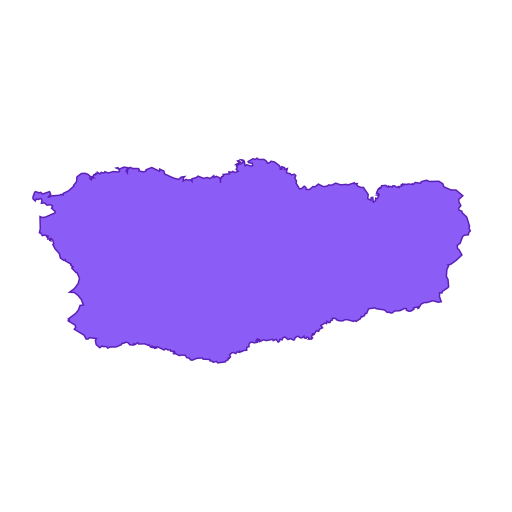 outline of Subang, Jawa Barat, Indonesia, rotated 264°
{"feature_id": "22746128B90150108137034", "entity_name": "Subang", "entity_type": "district", "adm_level": 2, "iso_a3": "IDN", "parent_name": "Indonesia", "parent_adm1": "Jawa Barat", "projection": "equal_earth", "projection_center": [107.682, -6.498], "detail": "fine", "context": "isolated", "style": "filled", "palette": "violet", "viewbox_px": 512, "rotation_deg": 264, "n_neighbors": 0, "source": "geoboundaries", "source_scale": "gbopen_adm2", "svg_char_len": 6070}
<svg xmlns="http://www.w3.org/2000/svg" viewBox="0 0 512 512"><g transform="rotate(264 256 256)"><path d="M263.4,471.5L272.7,469.6L277.0,465.9L279.1,465.3L280.3,462.8L282.3,462.5L284.6,465.0L288.8,463.4L291.1,463.6L294.3,468.0L300.7,461.8L301.3,456.8L305.2,450.0L308.2,449.4L311.2,445.7L312.0,436.1L313.5,433.7L312.7,428.1L311.1,427.3L312.5,422.0L310.7,419.8L311.5,418.9L310.9,418.4L311.8,414.7L311.3,413.8L312.0,410.8L311.3,410.2L312.3,409.3L311.6,408.1L311.2,408.8L310.3,408.0L310.1,406.3L309.2,405.6L310.2,404.8L309.4,404.1L309.9,402.7L311.2,401.4L311.5,399.4L310.3,398.7L311.3,396.5L310.8,394.9L311.7,394.7L311.2,393.7L312.7,392.4L312.7,388.2L310.9,387.3L310.9,386.2L310.1,386.4L310.1,384.8L307.0,382.9L305.7,382.4L305.3,384.2L304.2,384.7L303.9,382.9L303.3,384.5L300.4,382.5L301.0,381.1L298.4,380.6L297.3,378.4L302.1,378.2L302.0,376.6L299.4,376.1L301.4,373.1L305.5,374.0L313.0,370.0L313.1,367.9L314.7,364.7L316.4,363.5L317.4,364.2L317.7,361.2L318.5,361.3L317.0,354.5L317.8,353.4L317.9,347.7L320.1,342.9L318.5,338.6L319.1,335.6L318.1,334.2L317.9,330.3L321.0,325.5L318.7,322.1L319.1,319.9L316.5,316.1L317.1,312.7L319.0,312.8L320.4,311.2L318.3,308.4L318.2,306.3L324.2,303.5L326.3,304.1L329.6,302.7L331.6,304.0L333.3,302.8L333.0,299.7L334.6,298.2L335.0,296.0L336.2,295.0L339.7,296.3L339.1,293.5L340.9,293.6L342.1,291.1L339.7,290.9L339.8,289.1L341.3,289.6L343.6,288.5L347.6,284.2L348.7,280.7L347.5,279.5L347.1,276.9L349.0,276.5L351.2,274.1L351.7,268.9L353.2,267.2L352.1,265.2L353.0,263.2L350.8,258.0L349.7,258.3L348.5,262.0L346.4,262.2L345.8,261.0L347.7,256.2L346.9,254.6L351.6,254.2L352.8,253.1L353.2,251.2L350.8,253.8L349.6,251.3L352.6,249.1L352.5,247.6L349.2,249.4L349.7,246.8L348.9,245.4L348.3,247.5L347.2,246.0L345.8,246.5L344.4,245.3L342.1,247.1L341.2,243.9L342.6,241.8L341.8,240.4L342.5,237.9L340.5,238.2L340.5,231.8L338.9,232.0L338.4,230.0L336.9,229.8L336.5,228.6L332.3,228.4L337.3,228.5L339.4,224.8L338.5,222.5L340.3,222.4L337.9,218.6L339.2,215.6L338.7,212.1L341.5,206.6L340.2,204.7L339.5,200.3L336.8,200.2L338.7,198.6L338.6,196.1L339.5,194.4L338.1,191.5L341.2,191.9L342.4,193.3L342.3,190.0L340.3,187.1L342.0,182.4L347.1,173.7L350.1,173.3L352.5,169.3L350.4,168.9L354.9,161.6L353.3,155.7L351.9,155.3L351.4,153.0L352.9,148.3L354.4,148.9L355.3,148.1L355.9,142.5L357.3,140.1L355.1,137.2L352.1,136.8L353.9,135.8L357.2,137.8L358.2,133.9L356.7,129.1L358.3,127.8L358.1,126.3L356.8,128.6L354.5,129.2L353.9,127.8L354.9,122.8L354.0,117.8L355.6,114.5L354.8,114.2L354.6,112.7L355.4,110.8L353.9,109.4L355.9,106.9L354.7,106.6L354.8,105.0L353.5,105.0L353.8,103.2L352.1,102.2L352.1,101.1L350.7,102.9L350.8,100.8L349.0,100.2L350.4,98.8L352.1,99.8L354.8,97.4L356.1,94.7L356.3,91.0L353.4,86.2L348.7,85.3L345.3,82.0L344.6,82.2L340.4,76.4L338.3,70.6L336.9,70.6L337.6,68.2L336.9,67.2L337.2,59.1L336.1,56.3L336.4,55.6L338.8,58.3L341.6,57.4L339.9,50.2L341.8,48.6L341.5,47.0L343.0,43.6L342.6,42.6L338.5,40.5L336.2,40.2L333.8,42.2L335.6,43.3L335.0,45.4L335.7,48.0L333.9,49.0L330.9,48.1L331.0,51.1L328.4,53.5L328.5,57.1L326.7,58.9L324.9,57.6L321.1,61.1L319.9,60.6L316.7,50.7L316.6,47.7L317.8,45.3L305.6,44.3L301.7,43.0L301.3,44.4L298.6,45.6L299.0,47.9L297.6,51.2L296.9,49.9L295.9,51.1L294.6,50.7L294.6,52.5L293.1,52.5L292.6,53.6L294.4,53.3L295.0,53.9L292.9,55.6L289.0,56.1L288.7,55.2L284.2,56.9L278.8,60.7L274.5,61.2L271.8,64.3L272.3,65.9L271.0,65.9L267.2,71.3L266.1,70.8L264.3,72.9L263.3,71.5L258.2,75.4L258.2,76.3L252.3,78.1L247.3,76.3L245.0,74.3L242.5,71.9L239.5,66.8L238.7,71.5L235.3,75.0L230.8,77.8L225.2,79.2L225.3,75.9L220.8,73.7L217.7,70.6L213.0,62.7L211.8,63.8L211.1,62.5L206.1,69.0L203.9,69.2L202.2,67.6L195.3,76.7L191.1,78.4L191.0,80.5L192.2,81.7L190.6,88.7L188.7,87.4L184.6,87.8L181.1,91.1L182.7,93.7L181.9,94.4L181.6,97.8L179.9,98.8L180.7,101.2L180.2,107.4L181.9,112.9L183.1,113.5L183.2,116.2L183.9,117.0L183.2,119.8L180.9,121.1L180.2,125.2L181.4,125.3L180.7,126.8L182.2,129.3L180.7,130.2L180.3,136.0L178.5,139.4L178.9,140.2L176.5,141.6L175.9,143.2L177.1,143.3L174.7,145.6L175.0,147.3L176.1,146.3L175.9,148.8L172.1,154.8L173.4,156.7L171.8,158.4L171.7,160.8L170.4,161.0L169.7,164.9L168.5,165.2L168.1,163.6L167.3,164.0L167.3,165.7L164.9,169.5L165.3,171.2L164.7,175.1L162.0,176.7L161.6,178.6L159.4,180.2L159.1,182.0L160.4,186.4L160.3,191.7L159.0,192.5L157.9,199.3L156.6,199.2L156.0,201.4L154.8,202.3L155.3,205.7L153.7,206.7L153.9,214.5L154.6,214.6L155.8,217.5L157.4,217.7L157.0,218.8L158.4,220.1L160.5,219.3L162.2,221.9L162.4,223.4L161.1,225.7L162.6,227.0L161.9,229.8L163.0,229.8L162.4,231.6L163.4,234.5L163.2,236.9L166.1,237.2L166.6,239.6L169.0,239.7L170.3,240.9L170.9,242.3L169.8,245.3L170.1,248.6L171.6,249.5L171.9,247.3L173.4,248.6L172.5,250.7L170.5,250.8L171.9,254.8L170.8,257.3L171.4,263.8L170.0,264.3L171.0,267.3L168.0,269.1L168.9,270.5L170.7,271.1L169.9,273.2L171.7,274.0L172.5,276.3L169.6,279.0L170.2,282.0L168.5,284.4L168.7,285.5L170.8,286.4L171.9,289.3L169.9,291.6L169.9,293.5L171.2,295.3L169.4,295.6L168.9,297.3L169.9,297.8L169.8,298.9L168.7,300.2L167.8,299.5L167.6,302.7L168.9,303.7L169.7,302.7L171.1,303.2L171.7,305.0L173.0,303.5L172.4,305.9L175.5,308.4L174.5,310.0L174.9,310.8L176.4,311.3L177.7,314.7L180.1,313.2L182.2,317.6L181.4,319.1L183.7,319.8L182.1,321.5L182.2,322.7L184.0,323.5L184.3,325.3L186.1,325.4L185.4,328.9L184.2,329.3L182.9,331.9L182.4,335.5L183.3,337.6L183.2,340.0L180.8,346.1L181.4,347.3L180.5,348.7L182.7,353.2L184.8,354.4L184.3,354.9L185.3,357.6L187.4,358.6L187.3,360.0L191.7,362.4L192.0,368.9L191.0,370.1L188.9,378.2L186.1,380.7L186.4,382.0L185.2,384.2L185.3,385.8L186.8,387.9L186.6,393.5L188.3,398.3L187.9,400.0L186.4,399.9L185.2,401.9L185.0,404.2L186.5,407.4L188.0,407.3L188.4,411.9L187.0,411.6L187.2,412.4L190.9,415.2L192.1,418.4L191.8,420.7L193.0,427.4L191.0,432.2L191.2,435.5L196.3,434.2L200.3,434.8L199.8,437.0L201.4,437.8L204.6,443.8L205.6,444.4L212.5,444.5L215.9,443.2L222.6,444.4L226.0,446.5L227.0,445.9L227.4,448.8L230.6,454.4L235.5,460.9L241.1,458.5L242.2,457.2L245.5,457.2L247.4,460.4L253.9,463.6L254.9,465.5L254.9,469.5L257.0,470.0L258.6,471.8L261.4,470.7L263.4,471.5Z" fill="#8b5cf6" stroke="#5b21b6" stroke-width="1.5"/></g></svg>